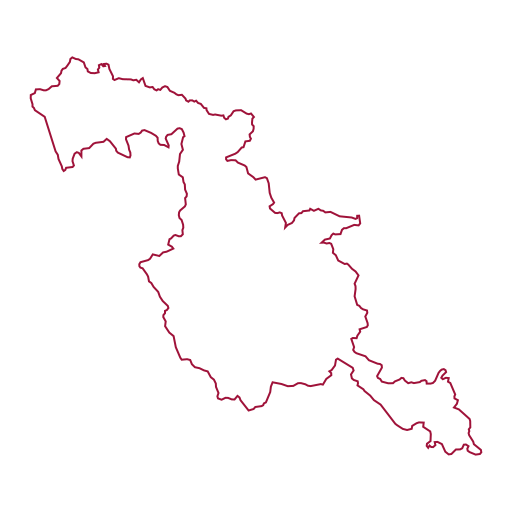 Conceição do Mato Dentro, Minas Gerais, Brazil (Mercator projection)
{"feature_id": "56859067B89792932803037", "entity_name": "Conceição do Mato Dentro", "entity_type": "district", "adm_level": 2, "iso_a3": "BRA", "parent_name": "Brazil", "parent_adm1": "Minas Gerais", "projection": "mercator", "projection_center": [-43.489, -18.933], "detail": "fine", "context": "isolated", "style": "outline", "palette": "rose", "viewbox_px": 512, "rotation_deg": 0, "n_neighbors": 0, "source": "geoboundaries", "source_scale": "gbopen_adm2", "svg_char_len": 6001}
<svg xmlns="http://www.w3.org/2000/svg" viewBox="0 0 512 512"><path d="M249.8,140.8L250.9,138.7L249.9,136.9L249.6,134.4L252.9,131.3L253.6,128.8L253.7,126.2L252.1,124.5L252.0,122.6L252.4,118.6L253.9,117.0L251.0,113.5L248.9,114.2L246.6,113.6L241.1,110.2L235.9,110.4L233.6,111.2L230.8,115.4L228.5,116.8L227.9,118.6L225.9,119.3L224.2,117.8L223.4,115.4L221.4,115.7L215.1,114.5L213.1,114.9L209.0,113.9L206.6,110.2L206.4,108.3L204.0,107.9L200.8,103.9L198.1,103.0L196.1,100.7L194.3,101.6L192.3,100.4L189.8,100.4L188.4,101.7L186.1,100.4L185.5,98.6L181.9,94.8L178.4,95.2L176.3,94.3L174.4,92.8L169.9,90.8L167.4,87.0L165.0,86.2L162.3,87.5L160.3,89.9L158.1,89.2L156.6,90.4L154.3,89.3L152.6,87.0L149.8,87.4L145.5,85.9L142.8,78.1L140.9,79.4L139.0,82.3L136.3,79.8L133.3,80.3L130.9,79.4L122.8,79.2L118.8,78.2L114.5,80.0L112.9,78.9L113.0,76.3L109.4,69.0L108.5,64.7L106.5,63.7L103.9,64.0L105.0,66.0L103.3,66.3L101.4,64.1L98.9,65.2L99.3,67.7L97.9,69.5L98.6,72.3L94.7,73.2L90.8,73.0L87.8,71.4L87.4,69.0L85.5,67.4L83.8,62.4L78.4,59.3L75.8,59.0L72.3,57.4L70.4,59.0L69.9,61.9L67.3,65.7L65.5,68.0L62.8,68.9L61.5,70.7L61.0,73.2L56.9,78.0L59.6,81.0L59.3,84.0L57.7,85.8L51.8,86.3L48.6,89.1L46.0,90.3L43.7,90.3L40.1,89.2L35.9,89.4L34.8,93.1L30.8,95.0L30.7,98.3L32.5,104.2L32.5,106.6L33.9,107.9L34.9,110.2L44.7,116.8L55.6,151.4L57.8,154.8L58.5,159.0L61.8,166.3L62.3,168.9L63.7,171.0L65.3,169.9L66.1,167.8L72.6,167.0L73.9,165.5L72.5,161.2L72.7,158.7L74.6,153.7L76.8,152.2L78.8,152.9L81.4,156.4L81.4,150.5L83.4,148.8L89.2,148.1L93.4,143.7L95.7,142.8L103.5,141.8L106.7,138.9L109.9,141.2L115.9,148.7L116.2,150.7L117.8,152.6L127.5,157.2L129.8,157.4L130.5,155.4L130.3,152.5L129.1,149.6L128.5,145.6L126.0,139.3L126.1,137.1L134.4,133.5L138.7,133.9L140.7,132.6L142.1,130.6L144.5,130.1L151.1,132.9L155.9,135.8L157.6,137.7L157.7,140.9L158.7,143.4L160.4,144.8L164.2,145.0L168.5,147.3L168.7,145.4L165.7,138.6L166.1,136.8L167.6,134.9L171.4,134.2L177.5,128.6L179.6,128.2L181.8,129.1L183.6,132.6L184.5,136.2L183.1,137.2L181.4,144.0L182.9,149.8L180.0,154.0L179.2,161.6L177.8,165.9L177.8,168.4L178.8,174.5L182.8,177.3L183.5,182.0L184.8,184.4L185.1,189.6L186.9,193.8L186.6,196.4L185.1,198.1L185.8,204.4L184.9,206.4L180.1,210.5L179.1,212.3L178.8,215.1L179.5,218.0L181.6,220.0L183.1,224.7L183.3,227.7L182.4,230.1L182.8,234.3L180.9,236.2L178.9,236.3L175.4,235.0L173.7,235.6L171.1,238.4L169.5,239.2L168.2,244.6L171.9,246.7L173.3,248.6L166.6,251.7L163.1,252.4L159.3,256.0L152.8,254.4L150.0,258.8L148.1,260.1L140.5,262.2L139.3,264.2L139.4,266.2L140.4,267.6L142.6,268.3L146.9,274.3L148.1,276.6L149.0,281.4L151.3,283.0L153.6,286.9L158.2,291.9L159.9,296.7L162.7,301.0L167.8,305.9L168.4,308.0L166.9,310.0L165.0,310.9L165.0,313.2L163.4,315.1L163.3,317.1L165.7,321.4L165.1,326.2L169.3,332.6L173.6,336.1L175.8,347.2L180.3,357.7L181.7,359.7L187.1,359.2L190.2,360.0L191.9,364.2L194.9,367.2L199.5,368.2L204.0,370.4L207.7,371.4L210.8,377.2L213.9,379.6L215.8,383.5L216.0,386.9L218.5,393.0L217.4,396.3L218.0,398.4L221.6,399.7L225.5,397.8L228.1,397.9L231.7,399.4L234.5,399.5L237.5,395.9L239.5,397.5L240.5,400.2L248.6,410.5L253.6,409.0L255.3,407.0L261.6,406.1L263.2,405.2L263.9,403.4L265.9,402.4L270.2,392.1L270.9,386.6L272.6,382.3L281.5,384.0L287.8,386.2L293.3,385.9L298.0,383.2L300.9,383.1L305.4,384.3L307.9,385.7L310.6,386.1L320.8,384.1L322.9,384.6L326.3,378.9L331.3,375.2L331.2,373.1L329.4,371.3L331.6,370.1L335.0,365.5L336.0,359.7L337.7,358.6L352.7,367.8L353.6,370.5L351.0,374.4L351.9,378.4L353.8,380.0L357.7,381.3L358.0,383.2L357.5,385.4L363.4,389.3L364.5,391.0L370.2,395.6L373.9,400.1L380.6,404.6L395.3,423.8L397.1,425.2L402.8,428.9L407.1,430.0L411.7,428.8L412.2,425.9L416.6,423.2L419.0,422.4L423.7,422.6L423.2,426.8L430.2,431.4L430.8,434.1L430.5,441.1L427.0,443.7L426.7,445.9L428.2,447.8L429.5,445.6L431.2,447.0L433.1,447.1L435.4,445.1L434.7,442.1L437.5,441.9L441.9,444.1L445.3,451.7L448.7,454.4L451.4,454.0L455.9,449.5L460.1,449.4L462.2,448.3L463.8,444.7L465.9,444.5L468.5,446.2L467.3,448.7L467.7,450.7L469.6,452.1L475.6,454.6L479.9,454.0L481.3,452.3L480.9,449.9L473.9,444.2L473.2,441.6L469.2,435.3L468.6,433.1L469.3,431.1L468.8,429.3L470.3,427.4L470.2,421.0L469.6,419.0L458.9,409.4L454.0,407.5L456.9,403.8L457.9,400.2L454.5,398.4L454.4,396.3L455.2,394.5L450.3,383.0L448.0,381.7L448.7,378.1L445.9,377.8L442.8,379.2L441.3,377.8L442.5,375.6L446.1,372.1L445.5,370.2L443.8,369.1L441.7,369.6L440.2,370.8L438.6,372.8L435.1,380.8L432.9,383.0L430.5,383.6L426.7,383.6L426.5,381.2L425.0,380.1L421.4,380.8L419.8,382.1L413.9,383.1L411.3,382.3L408.2,383.2L404.8,380.5L403.4,378.2L401.4,377.9L399.6,379.5L394.9,381.4L393.0,383.2L388.3,383.3L381.8,381.6L380.2,379.0L377.9,377.9L377.1,376.1L381.9,367.6L381.7,365.2L380.0,364.0L377.6,363.7L368.9,360.2L365.5,356.3L356.4,353.2L354.5,351.9L353.2,349.9L354.1,347.1L351.3,338.9L352.8,338.0L356.6,338.2L357.4,335.6L360.2,331.7L359.6,329.3L366.8,327.0L367.8,325.3L367.6,323.1L365.3,316.5L367.3,312.8L367.0,310.5L363.0,309.3L361.0,308.0L359.3,305.8L357.2,304.9L354.6,296.3L355.6,289.0L355.5,286.1L354.6,283.7L358.5,275.4L355.6,271.5L352.0,268.8L348.3,264.6L346.9,263.6L344.7,264.0L338.2,260.5L335.8,255.2L332.9,252.8L333.3,249.2L331.2,243.8L329.4,243.0L326.6,243.5L323.9,242.6L321.6,242.7L324.9,239.6L329.9,238.5L331.6,235.2L333.3,233.6L335.2,234.4L340.5,234.1L342.0,229.8L343.9,228.2L346.2,228.2L354.2,224.9L358.6,225.4L360.2,223.4L359.1,215.7L357.2,215.8L357.1,218.2L355.5,218.9L351.7,217.5L339.6,216.3L330.5,211.9L325.3,212.4L323.2,210.8L320.8,210.4L318.4,208.8L313.9,210.8L310.2,208.8L309.4,210.5L303.0,211.2L301.4,213.1L299.0,213.3L294.5,218.0L294.0,220.4L291.9,223.0L287.7,224.9L285.2,227.5L285.9,222.9L282.1,215.5L281.7,213.2L279.7,212.4L277.5,213.1L275.1,212.9L270.0,208.5L269.6,206.3L273.0,204.1L274.1,202.6L271.3,197.7L269.7,192.9L268.7,183.3L266.9,178.2L265.0,177.2L255.6,179.6L253.4,177.2L248.1,173.4L246.4,167.0L244.7,165.5L237.9,162.6L235.6,160.3L231.1,160.1L227.4,160.9L226.1,159.3L226.1,157.4L235.3,153.7L237.7,152.1L241.7,147.5L243.5,147.2L245.4,141.4L249.8,140.8Z" fill="none" stroke="#9f1239" stroke-width="2"/></svg>